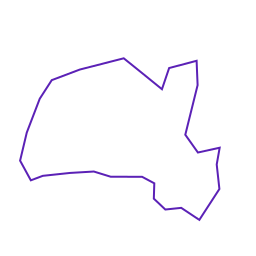 Agios Epifanios Oreinis, Nicosia, Cyprus, rotated 190°
{"feature_id": "46923920B19828557727754", "entity_name": "Agios Epifanios Oreinis", "entity_type": "district", "adm_level": 2, "iso_a3": "CYP", "parent_name": "Cyprus", "parent_adm1": "Nicosia", "projection": "robinson", "projection_center": [33.112, 34.996], "detail": "fine", "context": "isolated", "style": "outline", "palette": "violet", "viewbox_px": 256, "rotation_deg": 190, "n_neighbors": 0, "source": "geoboundaries", "source_scale": "gbopen_adm2", "svg_char_len": 485}
<svg xmlns="http://www.w3.org/2000/svg" viewBox="0 0 256 256"><g transform="rotate(190 128 128)"><path d="M41.8,49.9L27.4,83.8L34.3,107.5L34.3,124.5L54.9,116.0L70.4,131.3L66.9,182.3L70.1,196.9L72.1,206.1L97.9,194.2L101.3,172.1L127.4,186.6L144.3,195.9L185.6,177.2L211.4,161.9L220.0,141.5L226.9,105.9L228.6,77.1L214.6,59.6L203.6,66.1L177.2,73.7L154.1,79.2L136.5,77.0L105.7,82.4L92.5,78.1L90.3,62.9L77.1,54.2L61.7,58.6L41.8,49.9Z" fill="none" stroke="#5b21b6" stroke-width="2"/></g></svg>